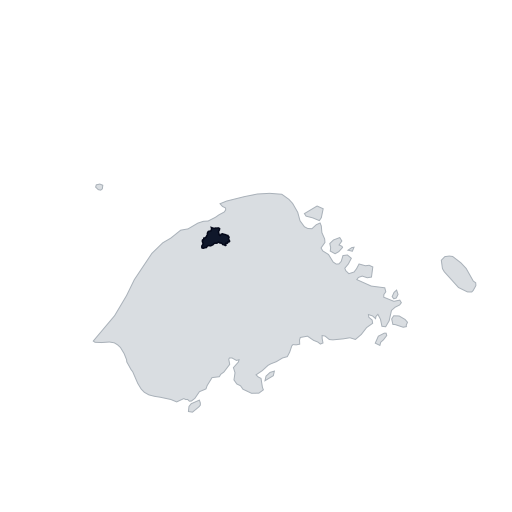 Cheongsong-gun, North Gyeongsang, South Korea shown in context, rotated 243°
{"feature_id": "91817680B32757414449699", "entity_name": "Cheongsong-gun", "entity_type": "district", "adm_level": 2, "iso_a3": "KOR", "parent_name": "South Korea", "parent_adm1": "North Gyeongsang", "projection": "orthographic", "projection_center": [129.024, 36.373], "detail": "fine", "context": "in_parent", "style": "filled", "palette": "ink", "viewbox_px": 512, "rotation_deg": 243, "n_neighbors": 0, "source": "geoboundaries", "source_scale": "gbopen_adm2", "svg_char_len": 4835}
<svg xmlns="http://www.w3.org/2000/svg" viewBox="0 0 512 512"><g transform="rotate(243 256 256)"><path d="M160.0,128.2L161.7,127.0L161.8,125.1L162.0,119.1L166.8,115.0L173.7,106.5L177.1,101.8L180.9,97.5L185.3,94.6L189.5,93.3L196.2,92.8L208.9,93.6L211.5,93.1L220.3,92.8L222.4,93.6L228.9,94.2L236.0,93.7L239.6,92.4L243.0,90.3L245.9,86.4L249.0,79.1L252.2,73.4L254.1,72.4L267.0,102.9L279.5,122.7L290.2,136.9L305.6,164.4L310.1,179.0L310.6,188.1L313.2,200.6L311.0,207.8L311.7,219.1L310.8,224.9L308.9,229.2L308.9,237.4L309.5,241.8L309.6,247.6L310.8,249.9L312.6,250.7L315.4,248.6L318.9,247.7L318.3,254.7L314.2,272.5L310.6,285.4L305.6,296.7L299.3,307.0L291.6,311.0L286.2,312.5L276.0,313.0L267.4,311.2L260.1,312.4L257.1,314.5L254.9,318.2L256.5,323.9L256.3,328.1L253.1,327.8L246.9,325.3L240.0,324.9L236.8,323.6L233.6,317.6L230.2,317.8L224.4,321.3L215.6,322.0L212.4,323.8L211.3,326.3L212.5,329.5L216.9,333.7L215.4,337.9L210.7,339.9L207.0,334.7L204.8,329.6L202.2,329.3L198.1,330.7L197.2,336.1L199.0,339.8L202.1,344.2L197.6,349.1L196.4,352.6L193.2,355.1L184.8,349.3L186.1,345.3L189.9,341.5L190.4,337.5L189.2,335.1L176.9,345.0L169.2,356.3L165.2,355.4L163.6,352.4L161.3,351.1L153.0,358.3L151.4,364.1L148.4,364.3L147.2,361.8L147.2,356.5L146.0,352.0L137.8,345.2L134.1,339.4L136.2,336.3L143.2,338.2L148.7,338.1L147.7,335.4L145.9,334.1L149.6,332.7L152.8,329.6L150.2,328.7L146.3,330.4L143.1,329.4L142.0,322.0L138.3,314.2L136.5,306.7L140.5,302.6L142.6,296.0L146.4,286.4L148.3,283.4L153.3,281.2L155.1,278.8L152.5,277.5L148.1,276.2L148.3,273.4L151.3,272.0L154.7,269.0L161.2,265.5L163.3,258.5L161.5,256.7L157.6,254.9L158.6,251.4L160.3,248.7L159.7,247.1L155.1,242.4L152.1,238.2L153.1,233.4L152.6,226.2L153.2,220.2L153.1,217.0L151.0,209.5L150.1,202.1L147.1,203.1L144.7,204.9L136.1,202.1L133.4,201.8L132.5,196.3L135.7,189.7L143.2,183.9L147.4,183.3L150.7,180.8L155.6,180.1L161.5,184.3L166.8,185.2L169.5,192.2L171.3,193.8L171.8,191.2L176.1,188.3L177.2,186.0L176.3,184.8L171.4,183.4L167.2,174.7L166.6,170.9L165.1,168.5L167.6,161.6L162.7,153.6L160.3,151.1L160.8,144.0L158.3,139.4L156.9,136.9L156.1,132.6L156.9,130.7L159.2,130.0L160.0,128.2ZM135.0,438.2L132.4,439.6L130.0,438.6L129.4,437.9L126.7,433.9L126.0,431.9L128.0,428.1L136.0,422.1L156.5,416.6L160.1,416.4L168.1,419.2L169.7,424.0L168.2,428.2L166.3,431.0L156.8,435.5L149.5,437.6L135.0,438.2ZM272.8,333.1L267.6,337.3L260.5,331.6L258.8,328.5L264.2,323.9L268.8,318.7L271.8,318.4L272.8,333.1ZM235.1,332.3L234.4,339.0L230.4,339.3L228.1,335.0L225.6,337.0L224.3,337.0L222.3,331.7L222.1,327.5L226.7,324.4L229.5,326.3L233.6,327.4L235.1,332.3ZM131.8,360.0L128.2,360.9L126.2,358.5L124.8,357.9L125.7,354.8L131.7,348.9L132.9,346.9L138.3,348.3L140.2,351.5L137.6,356.3L131.8,360.0ZM153.8,131.2L153.3,140.1L150.4,139.7L148.4,138.7L147.6,136.9L145.7,128.5L148.1,125.2L152.4,128.0L153.8,131.2ZM129.0,335.3L128.2,336.9L125.8,336.4L123.5,331.6L122.5,327.9L120.1,325.8L124.2,322.7L129.0,328.6L129.0,335.3ZM145.9,215.7L145.1,220.1L141.5,217.1L140.8,207.4L144.4,210.4L145.9,215.7ZM391.0,149.5L388.6,151.6L385.6,149.6L385.2,147.5L386.7,145.6L390.2,144.4L391.9,146.0L391.0,149.5ZM160.9,362.5L161.8,365.8L157.3,365.1L154.9,361.9L155.3,359.3L158.0,358.9L160.9,362.5ZM220.0,345.2L219.3,347.3L216.5,344.0L219.4,340.6L220.0,345.2Z" fill="#d9dde1" stroke="#a8b0b8" stroke-width="1"/><path d="M295.5,217.5L294.6,217.0L294.4,216.6L294.6,216.1L294.4,215.4L293.1,214.7L292.2,214.7L291.5,214.6L290.3,213.8L290.1,213.4L289.9,212.7L289.1,212.0L288.4,211.8L287.6,211.3L287.6,211.1L287.1,212.6L286.8,212.7L286.6,213.3L286.9,213.8L286.9,214.3L286.4,214.7L286.1,215.3L286.2,215.9L286.5,216.4L286.9,217.0L287.0,217.7L286.8,218.4L286.5,219.0L286.1,219.4L285.7,220.1L285.6,221.0L285.6,221.9L285.6,222.9L286.0,223.6L286.1,224.3L286.1,225.2L285.6,226.1L285.2,226.9L285.2,227.5L285.4,228.5L285.2,229.1L284.5,229.4L283.9,229.8L283.5,230.5L283.0,231.2L282.2,231.5L281.5,231.5L281.0,231.8L280.7,232.4L280.5,232.8L280.0,233.0L279.5,233.2L279.2,233.5L279.2,234.0L279.7,234.1L280.2,234.2L280.9,234.4L281.1,234.8L280.7,235.2L280.4,235.6L280.4,236.1L280.6,236.7L281.1,236.8L281.5,237.1L281.4,237.6L280.9,238.0L280.8,238.4L280.9,238.9L281.1,239.2L281.5,239.3L282.7,239.3L283.8,239.2L284.1,239.5L284.4,240.0L284.6,240.3L285.1,240.5L285.6,240.5L285.9,240.4L286.6,240.3L286.5,240.2L286.9,239.7L287.9,239.3L289.5,237.9L289.8,237.1L290.4,236.7L290.9,236.5L291.1,235.5L291.3,235.0L291.1,234.6L290.8,234.2L290.4,233.3L290.9,233.0L291.9,232.9L292.8,233.1L293.5,233.3L294.3,233.4L295.1,234.1L295.8,235.2L296.9,236.0L297.5,235.7L298.2,235.1L298.4,234.3L298.7,233.6L299.4,232.4L299.4,231.6L300.2,230.5L301.7,229.1L300.7,228.9L300.1,228.5L299.7,228.2L298.9,227.1L299.0,226.3L299.3,225.7L299.5,225.0L299.5,224.5L298.7,223.4L298.2,222.9L297.6,222.7L297.0,222.4L296.4,221.3L295.9,220.6L295.4,219.9L295.4,217.6L295.5,217.5Z" fill="#0f172a" stroke="#020617" stroke-width="1.5"/></g></svg>